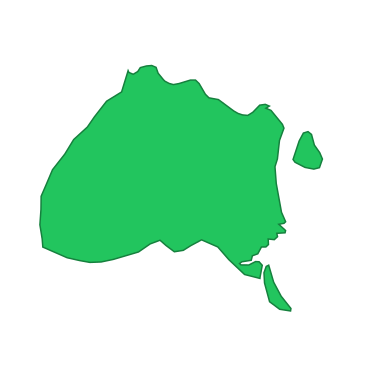 outline of Paechon, Hwanghae-namdo, North Korea, rotated 293°
{"feature_id": "82179303B51934598994225", "entity_name": "Paechon", "entity_type": "district", "adm_level": 2, "iso_a3": "PRK", "parent_name": "North Korea", "parent_adm1": "Hwanghae-namdo", "projection": "orthographic", "projection_center": [126.283, 37.948], "detail": "fine", "context": "isolated", "style": "filled", "palette": "green", "viewbox_px": 384, "rotation_deg": 293, "n_neighbors": 0, "source": "geoboundaries", "source_scale": "gbopen_adm2", "svg_char_len": 1582}
<svg xmlns="http://www.w3.org/2000/svg" viewBox="0 0 384 384"><g transform="rotate(293 192 192)"><path d="M284.2,121.8L288.1,114.4L292.7,110.2L292.7,105.5L290.2,100.8L286.3,95.8L281.7,95.0L277.4,91.9L277.4,87.2L278.7,85.8L256.6,88.1L242.2,77.9L223.0,72.8L210.9,70.3L194.1,62.6L177.2,60.1L158.0,54.9L141.1,54.9L129.1,54.8L116.9,59.8L102.4,64.8L90.3,72.4L83.0,76.2L83.0,80.0L82.9,85.0L82.8,95.1L82.7,102.7L85.0,115.4L87.3,125.5L92.1,135.7L99.2,145.9L115.9,166.2L127.9,173.8L135.1,181.4L132.6,189.0L130.1,199.1L134.9,206.8L142.1,211.8L151.7,219.5L151.5,237.2L144.1,252.4L136.6,272.6L139.0,288.3L140.3,287.9L152.0,285.3L154.0,281.0L152.8,277.7L147.0,272.8L144.0,265.6L144.7,263.7L147.2,265.1L152.3,273.2L156.9,272.5L160.8,276.7L168.5,277.4L170.3,281.5L173.5,282.9L178.5,280.5L180.3,286.4L184.3,288.2L187.1,286.2L190.8,293.6L193.1,293.2L196.2,284.5L199.1,288.9L201.2,289.8L205.1,285.7L208.3,282.3L232.8,266.2L247.7,258.5L255.8,257.7L273.6,252.4L286.7,251.7L289.6,248.8L297.8,233.2L298.0,232.7L298.0,227.3L301.3,229.6L301.3,225.2L298.4,220.4L289.1,216.8L284.3,213.4L282.7,208.4L282.3,203.7L282.9,198.8L287.4,180.2L285.3,170.8L287.2,166.1L294.6,156.2L296.4,151.5L294.4,146.8L286.7,137.6L283.6,132.9L283.0,128.5L283.4,123.8L284.2,121.8ZM273.3,299.2L278.1,294.2L283.0,286.3L291.7,279.5L292.9,275.2L289.8,271.5L280.8,270.7L261.4,272.3L259.6,275.3L258.8,286.4L260.7,295.2L264.2,299.8L273.3,299.2ZM123.4,328.6L130.9,314.8L140.9,302.4L154.6,291.2L152.5,289.4L145.8,289.8L136.6,294.3L121.3,306.3L118.3,318.5L121.0,329.2L123.4,328.6Z" fill="#22c55e" stroke="#15803d" stroke-width="1.5"/></g></svg>